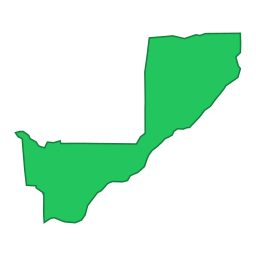 Mangilao, Guam
{"feature_id": "77769853B74833203647496", "entity_name": "Mangilao", "entity_type": "district", "adm_level": 2, "iso_a3": "GUM", "parent_name": "Guam", "parent_adm1": "", "projection": "albers", "projection_center": [144.825, 13.463], "detail": "fine", "context": "isolated", "style": "filled", "palette": "green", "viewbox_px": 256, "rotation_deg": 0, "n_neighbors": 0, "source": "geoboundaries", "source_scale": "gbopen_adm2", "svg_char_len": 1237}
<svg xmlns="http://www.w3.org/2000/svg" viewBox="0 0 256 256"><path d="M23.1,131.5L19.7,131.5L15.4,132.7L18.0,136.6L22.2,138.8L24.7,169.1L24.9,171.1L26.5,185.3L36.1,185.8L36.2,187.9L43.6,193.0L42.9,193.1L43.9,196.1L43.7,212.3L44.2,222.5L50.7,218.3L54.1,217.7L64.5,221.8L73.8,222.6L75.2,222.7L81.4,220.1L85.0,215.2L87.6,205.6L90.6,201.6L97.4,192.7L101.3,190.6L104.0,187.7L106.4,184.9L107.9,183.3L112.5,181.5L122.3,181.8L123.4,181.6L127.5,180.5L130.4,175.6L137.9,172.3L139.9,170.6L144.4,166.6L147.2,158.4L149.0,154.6L152.3,150.2L154.9,148.3L156.1,147.4L161.5,142.5L165.0,138.6L168.6,137.1L172.3,134.9L174.0,131.1L177.9,128.7L183.3,129.1L186.9,127.7L189.5,127.5L191.0,125.9L199.4,117.1L204.7,110.2L209.9,106.6L210.5,106.2L215.2,99.7L223.8,89.1L225.8,85.7L231.4,81.9L237.9,77.3L240.4,68.6L238.3,66.0L235.8,57.0L240.4,52.5L240.6,42.3L240.3,33.3L205.3,33.6L199.8,35.6L198.6,35.2L195.9,34.8L184.5,38.6L172.4,35.8L168.5,36.3L149.3,37.9L147.3,54.7L144.8,72.4L144.9,73.9L145.3,102.3L145.1,108.4L145.2,133.2L141.2,136.3L140.3,137.2L136.4,144.0L108.7,143.7L81.4,143.4L74.5,143.4L60.8,143.5L60.2,140.8L53.7,142.7L47.4,142.1L44.6,147.9L38.4,145.9L36.2,142.0L30.1,138.7L28.7,135.4L23.1,131.5Z" fill="#22c55e" stroke="#15803d" stroke-width="1.5"/></svg>